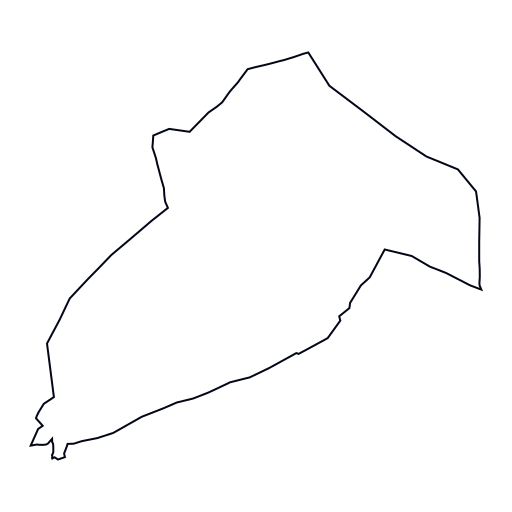 Santiago Cacaloxtepec, Oaxaca, Mexico (Mercator projection)
{"feature_id": "50627088B91472476679734", "entity_name": "Santiago Cacaloxtepec", "entity_type": "district", "adm_level": 2, "iso_a3": "MEX", "parent_name": "Mexico", "parent_adm1": "Oaxaca", "projection": "mercator", "projection_center": [-97.743, 17.73], "detail": "fine", "context": "isolated", "style": "outline", "palette": "ink", "viewbox_px": 512, "rotation_deg": 0, "n_neighbors": 0, "source": "geoboundaries", "source_scale": "gbopen_adm2", "svg_char_len": 1624}
<svg xmlns="http://www.w3.org/2000/svg" viewBox="0 0 512 512"><path d="M30.7,445.6L37.1,444.5L38.6,444.8L40.7,444.8L42.2,444.9L45.8,444.6L47.7,443.8L52.1,438.8L52.2,442.2L53.0,443.5L53.2,445.3L53.3,447.5L53.3,449.9L53.3,452.0L52.9,453.4L52.0,455.0L52.4,456.3L52.0,457.7L52.3,458.5L54.6,457.3L58.0,459.5L63.0,457.8L64.9,457.1L64.1,453.5L66.7,446.7L67.6,443.9L73.7,443.7L82.0,441.1L97.3,438.1L113.3,432.9L141.7,416.8L163.9,408.1L176.8,402.5L193.2,398.5L208.5,392.5L215.8,389.1L230.1,382.3L242.4,379.2L249.7,377.4L269.4,367.9L296.3,353.1L298.6,353.9L325.0,339.6L327.7,338.1L340.3,320.6L339.2,316.3L349.4,308.1L350.1,302.9L360.9,285.4L369.7,277.4L384.7,249.5L411.7,256.0L429.8,266.6L446.1,273.0L470.0,285.3L481.3,289.6L479.7,285.7L479.4,283.7L479.7,278.5L479.8,276.5L479.7,268.7L479.2,261.3L479.2,242.2L479.6,217.9L476.6,195.5L476.0,191.4L457.9,169.4L426.4,156.5L417.6,150.7L395.6,136.2L364.9,112.6L329.4,85.8L308.3,52.5L307.0,52.8L306.3,53.0L302.9,53.9L301.3,54.5L297.5,55.8L294.3,56.9L283.8,60.1L280.1,61.0L269.6,63.8L263.9,65.2L257.7,66.6L253.2,67.7L247.6,69.2L239.7,79.8L238.2,82.0L231.6,89.5L229.9,91.5L228.5,93.4L222.2,102.3L216.7,106.8L208.6,112.4L189.6,131.8L169.2,128.9L162.8,131.5L154.3,135.1L153.3,135.5L152.8,142.7L152.4,147.3L153.5,150.7L155.9,158.0L157.4,164.6L158.3,167.9L160.0,174.3L161.3,179.2L163.9,188.2L164.3,195.1L165.0,200.7L165.5,202.5L167.9,207.9L151.7,220.7L133.1,236.6L123.2,245.0L111.3,255.0L99.7,267.1L87.7,279.3L69.7,298.5L59.7,319.6L47.0,343.5L53.9,397.1L43.8,403.8L38.6,412.2L37.2,415.1L36.8,415.9L36.0,418.3L42.7,425.8L38.1,429.0L30.7,445.6Z" fill="none" stroke="#020617" stroke-width="2"/></svg>